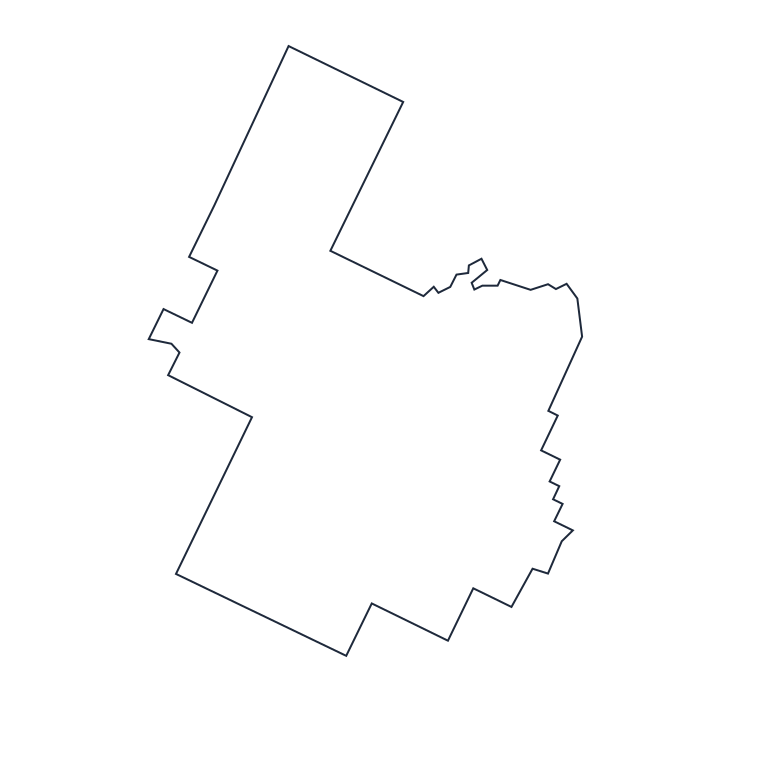 Power, Idaho, United States of America, rotated 26°
{"feature_id": "52423323B18276050714213", "entity_name": "Power", "entity_type": "district", "adm_level": 2, "iso_a3": "USA", "parent_name": "United States of America", "parent_adm1": "Idaho", "projection": "robinson", "projection_center": [-112.754, 42.719], "detail": "fine", "context": "isolated", "style": "outline", "palette": "slate", "viewbox_px": 768, "rotation_deg": 26, "n_neighbors": 0, "source": "geoboundaries", "source_scale": "gbopen_adm2", "svg_char_len": 813}
<svg xmlns="http://www.w3.org/2000/svg" viewBox="0 0 768 768"><g transform="rotate(26 384 384)"><path d="M277.6,122.1L150.1,122.1L153.2,297.8L153.1,355.2L184.6,355.1L184.6,413.2L153.0,413.3L152.9,446.8L175.3,441.0L186.4,445.4L186.1,470.7L279.9,471.7L280.3,645.9L281.2,645.9L469.2,644.9L469.2,586.6L554.0,586.7L553.8,528.5L596.3,528.5L598.5,484.9L614.5,482.5L612.7,447.4L617.9,432.8L597.1,432.8L597.1,413.5L586.5,413.5L586.3,399.0L575.6,399.0L575.5,374.8L554.3,374.8L554.0,336.2L543.5,336.1L541.3,254.6L520.3,222.4L504.2,213.9L496.9,223.3L487.7,222.4L474.5,235.1L443.0,239.5L443.0,245.8L429.3,252.5L423.8,259.5L418.4,254.6L426.8,236.3L416.7,228.7L408.3,240.2L411.0,247.3L401.2,253.9L401.0,267.7L392.9,278.2L386.1,274.8L381.0,287.7L277.4,287.8L277.6,122.1Z" fill="none" stroke="#1e293b" stroke-width="2"/></g></svg>